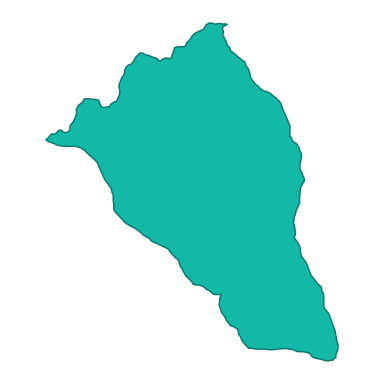 Santa Ana, San José, Costa Rica
{"feature_id": "36466004B14800778897380", "entity_name": "Santa Ana", "entity_type": "district", "adm_level": 2, "iso_a3": "CRI", "parent_name": "Costa Rica", "parent_adm1": "San José", "projection": "mercator", "projection_center": [-84.193, 9.918], "detail": "fine", "context": "isolated", "style": "filled", "palette": "teal", "viewbox_px": 384, "rotation_deg": 0, "n_neighbors": 0, "source": "geoboundaries", "source_scale": "gbopen_adm2", "svg_char_len": 5928}
<svg xmlns="http://www.w3.org/2000/svg" viewBox="0 0 384 384"><path d="M227.0,24.5L226.0,23.9L222.5,24.1L219.2,23.4L215.6,24.2L211.4,23.0L208.6,23.3L206.2,24.8L204.7,27.5L203.1,29.5L195.3,33.0L192.6,35.4L191.1,37.6L190.6,38.9L187.9,41.6L186.6,42.7L186.2,44.5L185.6,45.8L185.0,46.5L184.0,46.8L179.0,46.6L177.8,46.8L174.7,47.6L174.3,49.0L173.3,51.6L172.9,53.4L171.7,55.8L171.5,57.5L171.3,57.7L170.2,58.2L168.6,58.5L166.9,58.1L165.3,58.1L164.0,58.4L162.0,59.5L161.6,60.2L159.9,61.3L159.1,60.6L157.8,59.2L155.1,57.8L154.1,57.6L153.1,57.2L151.3,56.7L150.2,56.0L148.0,55.2L145.4,54.7L143.0,53.3L141.8,53.1L139.8,53.1L139.6,53.3L137.3,55.5L136.0,57.0L134.5,59.3L133.9,60.7L132.1,63.3L130.0,64.6L128.6,65.0L127.8,65.5L126.1,67.3L125.2,69.1L124.7,70.1L124.6,72.9L124.2,73.9L122.9,76.5L121.6,78.1L119.3,84.0L119.3,85.4L119.0,86.3L119.0,87.3L119.8,89.9L119.7,93.9L119.2,94.8L118.9,96.4L118.0,97.8L117.5,98.8L117.2,100.2L116.5,101.3L115.9,101.6L115.3,101.6L114.3,102.0L110.9,104.1L110.0,106.0L109.6,106.5L108.5,106.8L107.2,106.8L106.7,107.1L105.2,107.4L103.3,107.5L102.4,107.3L101.6,106.7L99.7,103.4L99.4,102.4L99.1,100.9L98.4,100.2L95.7,99.4L92.0,99.3L89.5,98.8L85.4,98.7L84.2,99.0L83.5,100.6L82.4,102.3L81.8,103.0L80.6,103.6L79.0,105.0L77.7,106.4L76.4,108.9L76.3,110.4L76.5,111.4L76.6,113.6L76.1,115.1L74.8,118.6L73.8,120.3L73.0,122.0L72.1,123.3L71.1,124.2L70.1,125.9L70.0,127.8L70.1,129.3L69.0,131.2L66.2,132.6L64.8,132.7L63.7,132.0L62.6,131.5L61.5,130.7L61.2,130.2L59.0,130.3L58.1,131.0L57.5,131.7L57.1,132.6L55.8,133.4L54.2,134.0L51.8,134.1L51.2,134.2L48.2,137.9L46.3,139.4L46.1,139.4L46.0,139.8L46.5,140.3L47.9,141.2L48.1,141.5L51.0,142.4L51.8,142.9L53.5,143.3L56.1,144.4L56.1,144.6L58.8,145.5L60.1,145.8L63.1,146.1L76.3,146.4L80.3,147.8L81.9,148.6L85.2,151.0L88.0,153.9L90.1,155.5L92.1,157.6L93.1,158.3L96.2,161.2L97.9,163.7L98.9,166.8L99.7,168.1L104.7,179.5L111.0,188.1L112.0,192.3L113.0,194.4L113.1,195.3L113.2,195.6L113.2,201.2L113.4,201.5L113.4,202.1L113.7,202.6L113.7,203.5L113.8,203.8L113.7,209.6L115.8,212.6L123.4,220.5L123.4,220.8L124.2,221.7L125.8,223.2L127.4,224.1L128.3,224.9L128.6,224.9L130.1,225.9L134.3,227.9L134.7,228.3L135.3,228.5L138.8,230.8L139.5,231.7L141.5,233.2L143.9,235.5L147.8,237.6L149.2,238.1L149.2,238.4L151.1,240.6L152.4,241.5L153.9,242.3L154.2,242.3L154.4,242.6L156.4,243.3L161.3,245.5L161.8,245.9L163.5,246.6L164.6,247.2L166.0,247.7L166.4,248.1L167.3,248.4L167.6,248.8L167.9,248.8L168.3,249.2L169.4,250.5L170.5,252.3L171.8,254.0L172.5,254.5L172.9,255.2L174.2,256.4L175.1,257.5L177.3,259.1L178.2,260.1L179.0,261.6L179.3,263.0L179.3,263.6L180.0,264.8L180.4,266.5L181.4,267.8L184.7,274.0L186.7,276.9L187.9,277.7L189.3,279.4L191.4,281.0L193.3,284.4L196.1,285.0L199.3,285.0L202.7,286.3L203.7,286.9L205.2,288.1L205.4,288.5L206.8,289.5L209.8,291.0L212.3,293.3L214.0,294.4L216.8,294.6L220.5,294.6L220.8,294.3L220.9,295.9L219.9,297.7L219.9,298.8L219.5,299.9L219.5,302.4L219.3,302.9L219.2,304.6L219.4,305.7L221.7,312.5L222.4,313.7L224.5,316.3L225.1,317.7L225.8,318.4L226.3,320.0L227.0,321.2L228.6,322.9L230.3,325.5L230.9,325.8L233.4,326.7L235.7,328.0L237.4,328.7L237.9,330.3L238.8,334.5L240.4,336.6L241.9,340.4L243.7,342.6L245.4,345.0L247.4,346.7L248.0,347.4L248.3,348.2L251.9,348.3L256.0,349.1L260.7,349.1L261.3,349.3L264.4,349.1L270.1,349.8L275.5,349.5L278.2,348.9L281.9,348.8L286.2,348.4L292.1,349.5L294.1,350.1L296.7,351.3L297.8,351.6L303.7,351.8L308.5,352.7L310.5,354.3L311.7,356.2L313.1,357.4L316.6,358.4L321.4,359.3L322.9,359.9L326.1,360.8L328.1,361.0L329.1,360.5L329.6,360.5L330.2,360.3L333.0,360.1L333.5,359.0L335.8,357.5L335.8,355.6L336.1,354.2L337.9,349.5L338.0,348.4L338.0,345.1L337.9,345.0L337.9,344.1L336.6,341.1L336.6,338.6L336.4,338.1L335.4,332.8L334.3,328.3L332.2,323.5L331.4,320.6L330.7,319.2L330.7,318.7L330.3,318.0L329.6,315.6L328.1,312.9L325.4,309.6L324.6,308.3L323.9,306.6L323.7,305.3L323.8,296.8L323.4,293.8L323.1,292.9L322.6,292.0L321.7,291.3L321.6,287.8L321.3,287.1L320.2,286.0L318.1,284.4L310.7,274.7L310.6,273.9L310.2,273.1L310.2,272.7L309.8,272.2L308.9,269.5L308.5,269.1L308.3,268.2L308.0,268.0L308.0,267.2L307.7,266.9L307.4,265.7L307.0,265.1L306.7,264.0L306.4,263.7L306.2,262.9L305.9,262.7L305.9,262.2L305.4,261.8L304.9,260.7L303.3,258.9L302.5,257.5L301.8,256.7L301.6,255.9L300.7,254.5L300.5,253.7L300.5,249.0L299.6,246.3L299.2,245.6L299.1,245.2L298.6,244.6L298.5,244.1L297.9,243.1L297.9,242.7L297.2,242.1L296.4,240.6L296.1,240.4L295.5,239.4L294.9,238.9L294.5,237.7L294.5,236.8L295.1,235.5L295.3,232.1L295.1,231.3L295.1,229.6L294.9,229.4L294.7,227.0L294.5,226.8L294.5,226.3L294.2,226.1L294.2,225.7L294.0,225.4L294.0,224.5L293.6,223.8L293.6,221.2L293.8,220.6L293.8,219.7L294.0,219.5L294.0,218.2L294.6,216.2L295.3,214.5L295.5,213.2L295.7,212.9L295.8,211.6L296.2,211.0L296.3,210.1L297.0,208.5L297.9,207.1L298.4,205.2L299.3,203.9L299.6,202.8L299.6,197.6L300.2,189.3L300.4,188.5L301.2,186.3L302.0,185.1L302.7,183.3L303.8,181.9L303.8,181.6L304.0,181.5L304.1,180.4L304.3,179.9L304.2,178.2L303.7,177.1L303.0,176.2L303.0,175.9L302.7,175.6L302.4,174.1L301.7,172.2L300.7,170.6L300.7,170.3L299.9,169.1L299.9,165.2L300.5,162.0L300.7,161.2L300.9,161.1L300.9,159.7L301.2,157.9L301.4,157.2L301.4,153.8L300.9,152.6L300.1,151.3L299.6,150.1L299.2,147.8L298.8,147.1L298.1,146.3L297.5,145.0L296.2,143.5L295.3,143.0L294.7,142.5L292.6,141.1L292.2,140.5L291.8,139.3L291.6,138.0L290.9,137.1L289.9,136.6L289.8,136.4L290.0,126.0L281.6,106.2L281.0,103.8L280.3,102.6L278.8,100.7L278.2,100.3L277.3,99.5L276.4,98.4L275.4,97.5L272.0,95.0L270.0,93.1L268.6,92.4L267.2,91.9L266.9,91.7L263.4,90.8L262.8,90.4L262.0,89.9L259.6,87.9L257.8,85.8L255.3,84.1L250.8,78.0L249.2,70.9L247.7,67.8L246.0,65.9L244.7,61.7L244.1,61.6L243.1,61.0L239.9,58.2L239.1,57.7L236.7,55.7L235.4,54.4L232.4,52.2L230.5,50.5L230.1,49.9L229.7,47.5L229.4,47.1L228.1,46.4L227.6,45.7L225.9,41.1L224.1,37.1L222.9,36.2L222.9,34.1L223.3,32.7L223.3,31.3L222.6,29.1L222.6,27.3L223.8,26.3L227.0,24.5Z" fill="#14b8a6" stroke="#0f766e" stroke-width="1.5"/></svg>